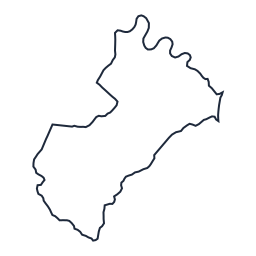 outline of Itajaí, Santa Catarina, Brazil
{"feature_id": "56859067B36867001106125", "entity_name": "Itajaí", "entity_type": "district", "adm_level": 2, "iso_a3": "BRA", "parent_name": "Brazil", "parent_adm1": "Santa Catarina", "projection": "orthographic", "projection_center": [-48.747, -26.968], "detail": "fine", "context": "isolated", "style": "outline", "palette": "slate", "viewbox_px": 256, "rotation_deg": 0, "n_neighbors": 0, "source": "geoboundaries", "source_scale": "gbopen_adm2", "svg_char_len": 2577}
<svg xmlns="http://www.w3.org/2000/svg" viewBox="0 0 256 256"><path d="M218.4,121.1L218.2,118.5L218.1,115.1L218.4,111.2L218.7,108.3L219.1,105.0L219.8,101.0L220.4,97.6L221.8,95.1L222.6,92.3L219.6,93.9L216.7,94.3L214.6,91.7L211.8,88.2L208.9,85.7L208.7,81.9L207.6,78.9L205.4,79.1L203.4,77.8L201.8,75.9L200.3,73.7L197.5,70.9L194.9,69.3L190.6,68.2L187.0,65.9L187.4,62.1L189.8,59.9L190.7,57.4L189.9,55.1L187.7,53.4L184.8,53.0L181.6,54.2L178.5,56.5L175.1,57.5L171.8,56.0L170.1,53.4L170.1,50.5L171.5,47.5L172.6,44.2L172.2,41.6L170.3,39.1L167.8,37.7L165.4,37.5L162.0,38.5L159.3,40.6L158.0,42.7L156.4,45.4L153.8,48.3L151.1,49.4L147.9,49.5L145.7,47.9L144.3,45.6L143.2,42.0L143.4,38.5L145.1,35.5L147.4,31.5L148.8,27.9L148.9,23.1L146.2,18.2L143.6,16.2L141.3,15.4L138.4,16.2L136.6,18.8L136.1,22.2L135.6,24.6L134.3,27.1L132.3,29.4L129.8,31.3L127.5,32.0L125.2,32.0L122.8,31.5L120.6,30.7L117.6,30.3L115.0,32.9L115.2,36.5L115.3,39.8L115.2,44.5L115.0,50.5L115.4,54.5L114.8,57.4L112.8,60.0L111.0,63.7L108.3,65.7L105.7,67.9L103.5,70.2L101.7,73.6L100.1,76.6L97.8,80.2L96.8,82.7L99.5,84.7L102.2,87.5L104.9,89.9L107.4,92.2L110.1,94.7L112.6,96.9L115.0,98.8L117.5,101.6L116.6,105.3L114.5,107.9L112.2,110.5L110.2,112.5L107.6,113.6L105.3,115.9L101.4,116.3L98.8,115.8L96.3,117.0L94.6,119.2L92.6,121.9L89.5,125.2L85.8,127.1L83.2,126.8L80.5,126.9L77.6,126.7L74.3,125.8L72.1,126.6L52.5,124.5L47.3,136.4L46.1,138.9L41.7,149.4L39.7,151.7L37.6,154.1L36.0,156.6L34.1,159.4L33.5,163.1L33.4,166.6L35.6,169.6L36.2,172.8L38.3,174.3L41.5,176.0L43.6,177.7L44.5,180.0L42.7,182.2L40.9,184.9L37.6,185.2L36.9,188.6L37.5,191.3L38.4,193.9L41.7,195.7L43.3,198.2L43.7,200.7L45.3,203.0L47.9,206.4L49.9,209.6L51.1,212.3L52.4,215.0L55.2,216.2L57.4,218.1L59.6,220.3L63.2,220.2L67.1,220.3L69.3,220.9L71.7,223.1L74.0,226.0L74.5,228.7L77.6,229.8L80.2,231.8L82.1,234.7L85.9,235.9L88.4,237.4L91.5,238.5L93.1,240.6L95.6,240.1L97.6,238.7L98.1,235.7L98.8,231.5L99.9,227.9L102.1,226.2L104.0,223.3L103.6,219.0L103.6,216.4L103.5,212.2L104.4,208.8L104.7,205.3L107.1,204.6L109.7,203.8L112.4,203.9L114.2,201.9L114.9,199.4L114.1,196.4L117.3,194.3L120.3,191.7L122.0,188.3L121.1,185.3L121.4,182.6L123.4,180.9L124.5,178.6L125.9,176.7L128.6,175.6L131.9,174.6L135.0,172.4L138.7,171.6L143.4,169.2L147.3,168.0L149.3,166.2L150.7,164.3L152.7,161.0L154.4,158.3L154.2,155.1L168.9,137.8L172.0,134.6L176.0,132.2L178.2,131.7L181.0,131.0L183.4,128.0L187.1,125.3L189.6,123.8L192.4,124.5L195.6,125.8L198.9,124.1L201.7,121.7L203.8,119.9L206.3,119.2L209.6,117.5L212.0,116.4L214.6,116.7L216.1,119.5L218.4,121.1Z" fill="none" stroke="#1e293b" stroke-width="2"/></svg>